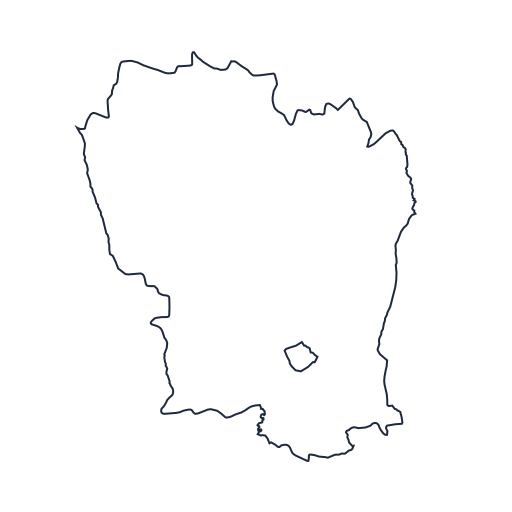 Bulungu, Bandundu, Democratic Republic of the Congo (Mercator projection), rotated 354°
{"feature_id": "63176286B11990771214401", "entity_name": "Bulungu", "entity_type": "district", "adm_level": 2, "iso_a3": "COD", "parent_name": "Democratic Republic of the Congo", "parent_adm1": "Bandundu", "projection": "mercator", "projection_center": [18.692, -4.697], "detail": "fine", "context": "isolated", "style": "outline", "palette": "slate", "viewbox_px": 512, "rotation_deg": 354, "n_neighbors": 0, "source": "geoboundaries", "source_scale": "gbopen_adm2", "svg_char_len": 6074}
<svg xmlns="http://www.w3.org/2000/svg" viewBox="0 0 512 512"><g transform="rotate(354 256 256)"><path d="M91.5,109.7L93.9,115.3L95.1,116.7L95.9,118.7L97.6,126.0L97.3,128.6L95.4,136.6L96.4,139.9L95.5,142.7L97.3,147.8L97.8,152.4L96.7,156.0L98.5,163.3L98.9,166.8L98.6,169.7L100.0,171.8L100.4,173.2L100.2,175.0L102.0,180.8L102.9,187.0L104.2,188.6L104.0,190.2L104.8,192.6L106.3,196.2L106.1,198.8L107.4,202.4L109.5,217.8L110.7,219.6L111.3,223.0L110.8,227.1L111.3,229.4L110.8,233.7L110.9,238.7L113.6,240.9L115.8,247.1L117.6,254.0L124.2,260.3L127.2,261.0L139.4,261.3L141.0,262.1L141.8,263.0L142.5,264.5L143.0,266.9L143.5,272.3L144.3,273.8L144.9,274.3L147.1,274.8L149.6,275.2L151.3,275.2L152.2,275.8L154.1,278.0L154.7,279.3L154.7,281.0L155.8,283.0L158.1,284.5L160.6,285.5L162.4,285.7L164.1,286.5L165.1,287.3L165.3,288.0L165.3,289.6L164.6,297.9L163.5,305.8L162.8,307.1L161.1,307.4L155.2,306.9L150.2,307.1L148.7,307.5L147.5,308.3L145.9,309.5L144.4,311.1L144.4,312.2L145.0,313.0L149.0,314.7L151.9,316.3L153.2,317.6L154.2,319.0L155.3,322.3L156.4,327.9L157.3,329.1L158.1,331.0L158.5,332.6L158.5,334.1L157.6,338.1L154.5,344.2L154.8,345.4L154.2,347.2L154.4,351.4L155.0,353.9L154.7,355.8L155.5,357.2L155.9,359.0L155.0,361.1L154.6,363.8L155.7,365.8L157.0,371.7L156.6,373.4L157.3,374.6L157.4,375.7L159.2,379.0L159.5,381.1L159.4,382.9L158.6,385.0L157.6,386.0L155.3,387.6L152.7,389.9L150.7,393.2L148.6,395.9L146.1,398.0L145.5,399.9L145.5,401.0L145.8,402.0L146.8,402.9L148.4,403.4L159.7,403.7L163.3,403.5L168.1,402.2L172.8,401.7L175.0,401.9L175.9,402.5L176.5,403.4L177.5,405.2L178.4,406.2L179.2,406.6L182.0,406.5L191.7,403.8L194.1,403.6L195.6,403.8L200.9,405.7L202.5,406.9L205.0,409.2L208.5,413.0L209.5,413.6L212.4,413.5L214.6,413.0L218.8,411.5L222.2,410.7L224.8,410.2L229.3,408.3L232.5,406.5L235.1,405.3L239.1,404.6L244.2,404.6L244.8,406.1L245.1,408.6L246.7,408.7L247.3,410.2L248.2,410.8L248.3,414.4L247.4,415.1L246.5,414.1L245.5,414.0L244.7,414.4L243.8,416.3L244.5,417.7L246.2,417.9L246.5,418.4L246.3,419.6L245.2,419.9L244.8,422.1L241.6,422.6L239.8,424.4L240.2,425.1L241.2,425.5L241.6,426.4L239.9,428.2L240.0,429.6L242.7,428.9L243.1,429.5L243.0,430.3L240.6,431.4L239.1,433.4L242.2,435.1L243.6,434.8L246.6,435.6L248.5,439.0L249.8,443.7L251.5,442.9L255.2,445.5L258.1,448.3L259.4,448.4L261.4,447.0L264.2,446.7L265.7,446.8L267.3,447.3L268.8,448.4L269.8,450.3L271.4,455.3L272.7,457.0L274.8,458.7L285.6,465.2L286.7,465.2L287.5,462.1L287.6,460.3L288.4,459.2L289.8,459.2L293.5,460.2L297.6,462.0L304.4,463.4L306.3,464.1L313.8,461.9L318.0,462.2L320.5,461.4L323.8,461.9L328.0,459.2L330.2,458.9L331.6,457.9L333.2,454.9L331.9,454.9L331.5,454.5L329.0,451.0L328.8,448.5L327.9,446.1L328.5,443.3L327.1,440.9L327.3,440.1L328.3,439.2L330.3,438.9L330.8,438.2L333.6,436.8L335.5,436.5L338.0,437.2L339.6,437.9L346.9,438.0L351.9,436.8L354.4,434.9L356.8,434.4L358.7,435.0L360.1,436.7L361.0,439.9L362.3,442.8L364.1,445.8L365.8,447.3L367.6,447.5L368.4,443.9L367.3,440.9L367.7,439.3L368.6,438.4L376.9,437.9L383.5,438.1L384.2,437.1L384.0,431.8L383.2,426.2L381.1,424.6L380.5,424.5L379.7,423.3L377.9,422.5L376.0,419.1L372.0,419.0L371.0,417.7L371.5,412.8L371.6,407.2L370.4,397.3L370.4,393.8L371.2,389.4L373.2,382.7L374.3,379.7L375.5,373.5L369.0,366.6L367.2,362.6L367.2,361.4L369.5,356.4L369.4,353.5L369.9,351.1L372.4,346.9L372.7,344.7L374.7,341.7L376.2,336.1L377.2,334.6L377.9,331.4L380.1,328.2L380.8,325.9L384.2,320.5L391.2,301.6L392.9,294.9L394.0,287.3L394.1,279.5L395.1,277.6L395.4,273.5L395.1,268.3L395.7,264.7L395.8,260.1L396.4,258.4L398.4,255.7L402.7,247.1L406.1,243.1L408.4,241.6L410.2,239.7L412.0,235.3L414.6,232.3L415.9,231.4L417.5,231.1L419.0,230.6L418.0,228.9L418.2,227.3L416.7,226.2L416.4,225.3L417.2,223.4L418.3,222.2L419.2,219.7L420.5,218.8L420.3,218.0L418.6,217.1L419.7,215.9L418.0,214.4L418.1,213.1L417.6,210.5L419.0,207.1L418.4,204.6L418.8,202.3L417.2,199.8L417.1,198.7L418.4,195.7L417.8,194.3L415.6,192.0L414.3,189.1L415.0,187.2L414.2,185.0L414.6,184.1L415.6,183.3L416.2,180.9L416.4,172.0L415.6,170.7L415.9,169.2L415.5,168.2L416.0,166.0L415.6,164.4L413.8,162.8L413.5,161.1L412.2,160.1L412.3,157.9L411.0,156.8L408.7,150.6L408.1,149.9L406.1,146.3L405.1,145.4L402.5,145.5L397.6,147.6L386.8,155.8L384.6,157.2L379.8,159.1L378.8,159.1L378.1,158.8L379.6,155.6L380.5,152.1L382.4,149.7L383.4,146.9L383.3,144.9L380.2,134.3L376.4,131.4L375.4,130.0L373.3,125.0L372.6,121.7L369.8,118.4L368.5,113.1L366.8,109.9L365.8,109.2L365.0,109.5L352.7,119.3L351.2,117.5L346.3,113.1L344.4,112.0L343.3,111.9L341.8,112.2L341.0,113.5L340.1,115.7L338.8,121.6L336.9,122.3L334.0,121.3L328.4,121.3L326.4,120.2L325.7,119.2L325.2,116.5L324.3,116.0L320.9,117.9L320.1,117.9L317.1,116.1L313.5,115.3L312.5,115.6L310.6,118.7L308.0,125.3L306.1,128.6L304.1,129.1L302.3,127.5L300.5,124.0L298.7,118.9L296.7,117.1L293.1,114.6L290.6,111.7L289.7,109.7L289.1,106.4L288.8,103.5L289.1,100.0L290.8,93.9L294.8,87.7L294.7,83.9L293.8,78.7L293.5,77.3L292.5,76.4L279.4,76.7L276.0,76.6L272.4,76.2L270.7,75.0L268.5,72.3L268.0,71.1L266.7,69.8L261.4,65.6L256.7,61.2L255.2,60.2L252.6,60.0L251.8,59.7L247.3,66.2L245.1,67.4L240.2,67.2L237.0,65.6L234.1,65.1L230.5,62.8L223.2,57.0L222.5,56.0L218.6,52.2L217.5,50.5L215.7,46.9L214.6,46.8L214.0,47.5L213.4,49.3L212.6,58.5L212.1,59.3L210.6,59.7L208.7,59.7L201.5,59.4L198.6,59.1L197.3,60.0L195.2,64.0L194.1,65.2L191.4,65.3L188.7,65.3L186.4,64.9L184.6,64.3L177.7,60.7L173.8,59.2L164.0,54.6L158.6,51.2L153.2,49.1L150.5,48.7L144.5,48.7L143.2,48.9L142.0,49.5L141.3,50.4L139.7,54.3L137.8,60.5L137.5,63.2L136.2,68.2L135.0,70.1L132.4,71.3L131.5,73.8L130.2,76.5L129.5,80.1L128.4,81.4L125.2,84.4L124.6,86.0L124.2,95.2L124.3,101.8L123.6,102.8L122.3,102.8L121.0,102.4L111.7,97.5L109.8,96.8L108.6,96.8L106.3,98.0L102.4,103.3L99.7,109.6L99.3,111.2L98.3,111.6L95.1,111.5L92.4,110.4L91.5,109.7ZM283.4,373.8L279.9,369.4L278.4,366.4L278.3,363.8L276.4,359.3L274.6,353.1L276.2,351.6L280.2,350.6L286.3,349.4L292.6,346.4L294.5,350.2L295.8,350.3L297.3,352.0L299.0,352.7L299.7,353.4L300.3,357.6L302.4,358.2L304.2,360.6L306.6,362.7L303.3,367.8L301.5,367.5L296.1,371.8L288.5,375.4L283.4,373.8Z" fill="none" stroke="#1e293b" stroke-width="2"/></g></svg>